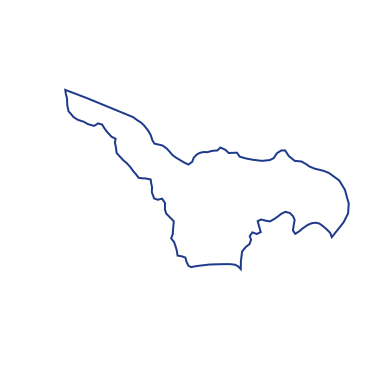 Nossa Senhora do Socorro, Sergipe, Brazil (Natural Earth projection), rotated 20°
{"feature_id": "56859067B36001575817528", "entity_name": "Nossa Senhora do Socorro", "entity_type": "district", "adm_level": 2, "iso_a3": "BRA", "parent_name": "Brazil", "parent_adm1": "Sergipe", "projection": "natural_earth1", "projection_center": [-37.154, -10.873], "detail": "fine", "context": "isolated", "style": "outline", "palette": "blue", "viewbox_px": 384, "rotation_deg": 20, "n_neighbors": 0, "source": "geoboundaries", "source_scale": "gbopen_adm2", "svg_char_len": 2019}
<svg xmlns="http://www.w3.org/2000/svg" viewBox="0 0 384 384"><g transform="rotate(20 192 192)"><path d="M338.8,186.6L344.8,168.8L346.0,158.8L343.2,149.1L340.1,144.9L335.1,137.8L329.7,133.4L326.4,130.8L314.2,127.3L308.7,127.1L304.5,127.5L299.7,128.1L294.0,127.9L289.3,126.7L284.3,125.9L277.9,127.6L270.6,125.1L265.3,121.1L261.6,122.5L258.5,126.6L257.2,132.2L254.2,135.4L247.1,138.8L238.1,140.9L231.5,142.0L224.8,142.5L220.8,139.7L216.3,141.5L213.2,142.8L208.7,140.9L203.5,140.5L201.6,144.3L197.1,146.3L192.8,149.3L189.4,150.4L186.0,152.5L183.6,155.3L181.9,159.2L181.9,163.4L179.3,167.4L174.6,167.0L170.6,166.2L165.8,165.3L161.1,164.0L157.6,162.0L153.7,159.9L148.5,158.4L144.7,158.8L140.2,159.4L137.4,157.3L133.6,152.5L129.5,149.1L123.9,145.7L120.4,144.2L115.9,143.2L111.0,141.8L60.1,139.7L38.0,139.4L39.9,143.0L42.5,146.7L45.1,153.1L48.4,158.4L51.5,160.0L54.8,162.0L59.8,163.2L66.3,163.0L70.8,163.8L74.0,163.6L77.3,163.4L80.4,159.6L84.5,159.4L88.0,162.2L92.1,164.8L97.5,167.6L102.0,168.1L102.7,172.1L105.4,176.3L107.8,181.1L111.8,183.2L116.4,185.6L120.8,187.2L125.4,189.6L129.5,192.4L133.3,194.5L136.9,196.9L140.5,196.2L144.2,195.0L148.9,194.4L150.8,198.0L152.8,201.1L154.3,205.9L158.6,211.0L162.4,211.0L166.2,208.5L170.5,211.7L172.4,217.4L175.0,221.0L180.0,223.4L184.9,225.7L186.6,232.2L188.3,238.1L188.3,242.8L192.1,245.0L194.6,248.0L197.5,251.9L200.2,256.7L204.4,255.9L208.3,255.9L210.4,259.1L213.7,262.4L216.9,262.9L221.5,260.1L227.0,257.3L233.0,254.3L237.4,252.5L240.7,251.2L244.5,249.7L248.0,248.4L252.4,246.8L257.4,245.6L261.1,246.2L264.2,247.8L261.7,240.6L259.4,230.7L261.4,225.2L263.9,221.2L263.8,216.6L261.4,213.8L262.5,209.3L267.3,209.3L270.3,206.2L266.6,201.1L263.7,196.9L266.3,194.2L270.6,193.8L275.3,193.0L278.7,189.0L280.8,186.0L283.4,181.9L286.5,178.7L291.3,178.3L295.4,180.3L298.1,183.3L298.9,188.4L300.0,193.6L303.3,196.0L306.4,192.0L308.2,188.7L312.0,183.3L315.3,180.3L318.9,178.5L322.5,178.1L327.4,179.5L332.0,181.3L335.9,183.2L338.8,186.6Z" fill="none" stroke="#1e3a8a" stroke-width="2"/></g></svg>